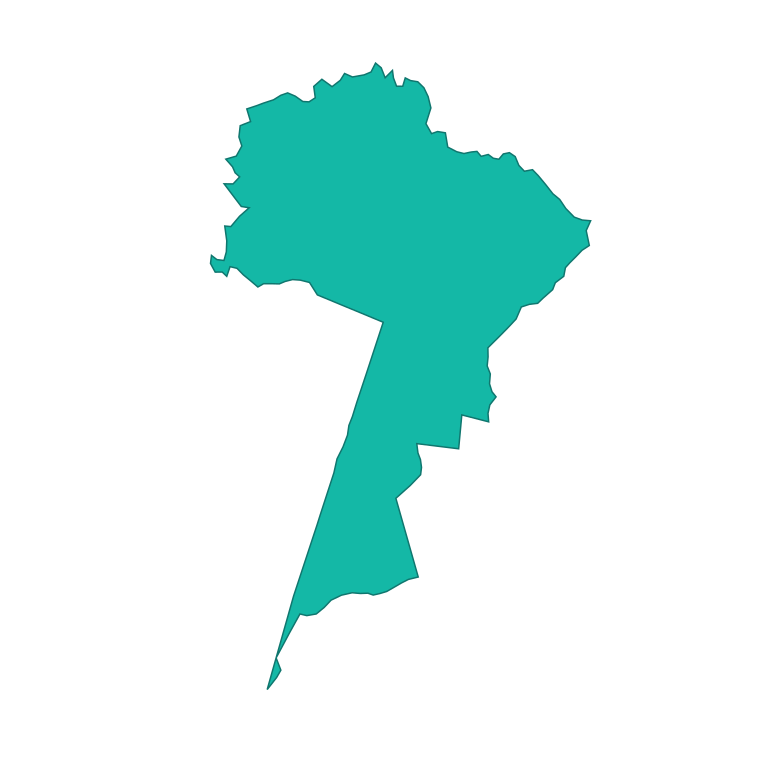 Pinhalão, Paraná, Brazil (Equal Earth projection), rotated 187°
{"feature_id": "56859067B37509012226284", "entity_name": "Pinhalão", "entity_type": "district", "adm_level": 2, "iso_a3": "BRA", "parent_name": "Brazil", "parent_adm1": "Paraná", "projection": "equal_earth", "projection_center": [-50.054, -23.866], "detail": "fine", "context": "isolated", "style": "filled", "palette": "teal", "viewbox_px": 768, "rotation_deg": 187, "n_neighbors": 0, "source": "geoboundaries", "source_scale": "gbopen_adm2", "svg_char_len": 2182}
<svg xmlns="http://www.w3.org/2000/svg" viewBox="0 0 768 768"><g transform="rotate(187 384 384)"><path d="M553.2,471.7L551.1,481.7L544.0,480.9L536.9,475.2L529.0,470.2L521.0,464.9L515.7,468.9L507.3,469.9L500.1,470.6L494.7,473.7L487.5,476.5L479.8,476.9L470.3,475.7L461.0,464.3L392.3,445.2L402.9,391.5L408.7,362.8L411.4,347.8L413.8,338.6L414.0,328.8L417.0,316.6L421.5,304.0L422.9,289.7L431.5,245.5L433.2,236.3L447.9,162.5L457.7,99.0L453.0,111.1L447.5,125.4L439.4,145.5L432.4,144.7L423.2,147.5L416.1,155.0L410.2,163.0L400.5,169.2L390.2,172.9L382.0,173.2L374.5,174.4L369.0,173.2L362.6,175.5L356.0,178.4L342.5,188.6L336.0,193.0L326.5,196.6L358.3,272.0L345.5,286.6L336.6,298.4L336.6,305.8L338.6,313.4L341.9,319.7L344.2,328.8L302.0,328.8L303.0,362.8L275.5,359.2L277.2,367.5L276.4,376.2L271.2,384.9L275.9,389.5L279.3,397.1L279.7,406.9L283.8,414.5L284.0,423.5L285.3,432.6L275.2,445.4L268.2,454.5L260.8,464.6L257.1,477.2L249.4,480.8L241.3,482.8L236.6,488.6L228.1,498.2L226.3,505.4L218.7,512.8L218.1,521.6L214.4,526.9L209.3,533.4L203.7,540.9L197.1,546.5L202.0,560.9L198.8,571.2L207.2,570.9L215.5,572.8L224.9,580.3L232.1,588.6L239.6,593.4L247.7,601.5L256.2,609.5L262.7,614.8L270.6,612.3L276.8,617.4L281.5,625.7L287.7,628.9L293.6,626.9L297.4,621.1L303.0,621.4L308.5,624.5L315.3,621.8L320.1,626.2L325.7,624.9L332.7,622.5L340.1,623.4L349.6,626.9L353.7,640.8L361.6,641.1L367.3,638.3L374.1,647.5L371.1,663.7L375.2,674.6L380.5,682.9L387.3,688.1L394.6,688.4L400.2,690.4L401.7,681.8L407.8,681.1L411.9,688.9L413.8,696.3L420.2,688.1L425.3,697.5L431.5,701.5L434.9,692.1L441.4,688.4L452.7,684.9L461.0,687.4L464.4,680.1L471.8,672.8L482.8,678.9L490.0,670.8L487.1,659.7L492.8,654.9L499.0,654.5L507.2,658.9L515.1,661.2L521.6,658.0L528.3,652.6L537.9,648.1L544.6,644.6L553.7,640.3L548.4,628.2L558.2,622.9L558.1,611.5L554.1,602.9L558.4,592.2L568.4,587.9L560.8,581.1L557.5,575.5L552.5,572.0L558.2,564.2L567.1,563.2L554.9,550.6L547.3,542.8L539.3,542.5L547.8,532.9L555.2,521.6L561.3,521.4L557.5,506.9L556.6,495.9L557.9,487.1L565.0,487.1L570.9,490.6L570.9,482.5L565.2,474.5L558.2,475.4L553.2,471.7ZM457.7,99.0L462.7,66.5L454.8,79.6L451.5,87.4L457.7,99.0Z" fill="#14b8a6" stroke="#0f766e" stroke-width="1.5"/></g></svg>